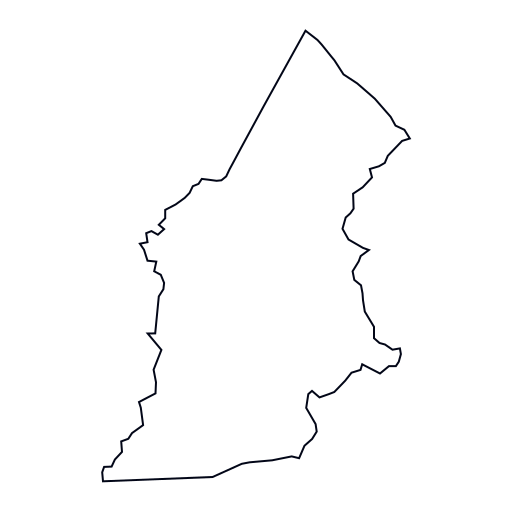 Morro Redondo, Rio Grande do Sul, Brazil
{"feature_id": "56859067B73555987690660", "entity_name": "Morro Redondo", "entity_type": "district", "adm_level": 2, "iso_a3": "BRA", "parent_name": "Brazil", "parent_adm1": "Rio Grande do Sul", "projection": "albers", "projection_center": [-52.634, -31.623], "detail": "fine", "context": "isolated", "style": "outline", "palette": "ink", "viewbox_px": 512, "rotation_deg": 0, "n_neighbors": 0, "source": "geoboundaries", "source_scale": "gbopen_adm2", "svg_char_len": 1535}
<svg xmlns="http://www.w3.org/2000/svg" viewBox="0 0 512 512"><path d="M146.2,233.2L147.5,242.2L139.9,243.7L144.0,249.7L147.5,260.7L156.3,261.6L154.2,271.3L160.8,274.8L164.1,282.9L163.4,289.2L158.8,296.4L155.2,333.4L147.7,333.5L161.4,349.9L153.6,369.7L156.0,382.3L155.5,393.4L139.0,402.0L140.8,407.7L143.1,425.1L132.0,433.1L128.3,438.8L121.2,441.4L122.0,451.9L114.9,459.5L111.6,466.6L104.1,466.9L102.2,472.3L103.0,481.3L212.6,477.0L241.8,463.8L249.7,462.3L259.9,461.4L272.2,460.3L291.7,456.4L299.1,458.2L304.5,445.7L312.1,439.0L316.7,431.6L315.6,424.1L306.2,407.9L308.3,394.1L312.0,390.9L319.5,397.4L328.9,394.1L334.3,392.0L345.2,380.7L351.5,372.7L360.5,369.9L362.2,364.3L380.0,373.5L389.0,366.1L395.9,366.1L398.8,361.7L400.9,354.1L399.9,348.4L392.5,349.7L385.0,344.5L379.5,343.0L374.0,338.2L374.0,326.8L364.8,311.6L363.0,300.2L362.5,293.3L361.0,285.3L354.3,279.9L352.6,271.3L358.7,261.4L360.7,256.0L368.9,250.0L363.0,247.9L348.5,239.5L342.5,228.8L345.7,217.5L350.4,213.3L353.6,208.7L353.1,193.7L362.8,187.2L372.0,177.4L369.8,169.0L378.9,166.3L384.8,162.9L387.8,155.8L402.1,140.9L409.8,138.5L404.4,129.8L395.5,125.6L390.7,116.9L374.8,98.7L357.2,83.4L343.5,74.4L334.4,60.3L330.7,55.8L321.6,44.5L317.5,40.0L305.5,30.7L263.9,105.8L241.0,148.0L234.9,159.4L232.1,164.6L229.6,169.2L226.2,176.4L221.4,180.3L216.6,180.8L208.4,179.7L201.8,178.9L198.5,183.9L192.8,186.2L189.6,192.9L184.7,197.9L175.6,204.5L165.2,209.9L165.2,218.3L158.8,224.8L164.1,229.1L157.9,234.7L151.4,231.1L146.2,233.2Z" fill="none" stroke="#020617" stroke-width="2"/></svg>